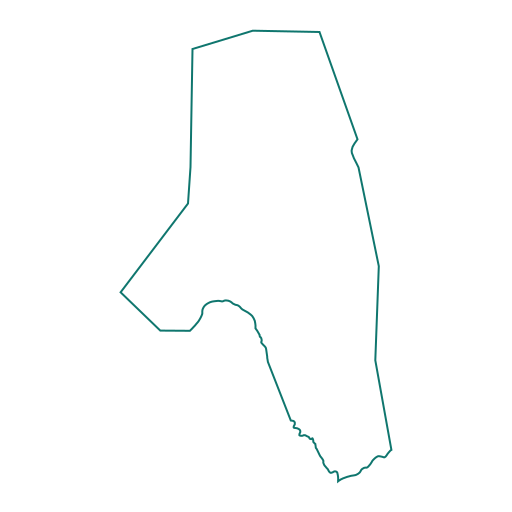 San Agustin, Copán, Honduras (Robinson projection)
{"feature_id": "27666195B62722570051096", "entity_name": "San Agustin", "entity_type": "district", "adm_level": 2, "iso_a3": "HND", "parent_name": "Honduras", "parent_adm1": "Copán", "projection": "robinson", "projection_center": [-88.925, 14.809], "detail": "fine", "context": "isolated", "style": "outline", "palette": "teal", "viewbox_px": 512, "rotation_deg": 0, "n_neighbors": 0, "source": "geoboundaries", "source_scale": "gbopen_adm2", "svg_char_len": 5871}
<svg xmlns="http://www.w3.org/2000/svg" viewBox="0 0 512 512"><path d="M252.8,30.7L192.5,49.0L190.5,167.1L188.0,203.5L120.6,292.3L160.3,330.6L189.9,330.8L191.1,329.6L192.3,328.4L193.1,327.5L195.0,325.5L196.3,323.9L197.7,322.3L198.4,321.4L199.0,320.5L199.4,319.8L199.7,319.3L200.0,318.8L200.6,317.7L201.2,316.5L201.8,315.1L201.9,314.8L202.1,314.4L202.2,313.8L202.3,313.5L202.3,313.0L202.3,312.4L202.3,311.4L202.3,311.1L202.4,310.6L202.4,310.3L202.5,309.8L202.6,309.4L202.8,309.0L202.9,308.6L203.1,308.3L203.3,307.8L203.5,307.5L203.7,307.1L203.9,306.8L204.2,306.4L204.4,306.1L204.8,305.7L205.0,305.4L205.4,305.1L206.0,304.6L206.6,304.1L207.1,303.8L207.6,303.5L208.3,303.1L209.1,302.7L209.6,302.4L210.8,302.0L211.4,301.8L212.1,301.6L212.7,301.5L213.3,301.4L214.7,301.2L215.7,301.1L217.5,300.9L218.3,300.9L219.1,300.9L219.7,301.0L220.3,301.1L221.0,301.2L221.4,301.3L221.9,301.4L222.3,301.4L222.7,301.3L223.0,301.2L223.4,301.1L223.8,300.9L224.1,300.7L224.6,300.6L224.8,300.5L225.2,300.5L225.8,300.4L226.7,300.5L227.4,300.6L228.3,300.7L228.7,300.9L229.1,301.0L229.5,301.2L230.0,301.4L230.5,301.6L230.8,301.9L231.5,302.3L232.1,302.9L232.7,303.4L233.3,303.8L234.0,304.1L234.6,304.4L235.2,304.7L235.9,304.9L236.7,305.0L237.3,305.2L237.6,305.3L238.1,305.5L238.7,305.9L239.1,306.2L239.6,306.6L240.0,307.0L240.7,307.8L241.1,308.3L241.5,308.7L241.9,309.0L242.2,309.3L243.0,309.8L243.6,310.1L244.6,310.7L245.2,311.0L247.9,312.5L250.7,314.6L252.2,316.0L253.1,317.4L253.7,318.4L254.1,319.3L254.5,320.2L254.8,320.9L254.9,321.3L254.9,321.6L255.2,323.0L255.4,324.6L255.5,325.3L255.5,326.0L255.5,327.1L255.5,328.4L257.1,330.6L258.1,332.3L259.3,334.4L259.5,334.7L259.6,334.9L259.6,335.2L259.6,335.7L259.7,336.0L259.8,336.3L259.9,336.6L260.0,336.8L260.3,337.1L260.5,337.2L260.7,337.3L260.8,337.5L261.0,337.8L261.2,338.1L261.3,338.5L261.5,339.1L261.6,339.8L261.7,340.3L261.6,340.6L261.6,340.8L261.6,341.1L261.5,341.4L261.3,341.8L261.3,342.0L261.3,342.4L261.3,342.6L261.7,343.1L262.0,343.5L262.3,343.8L263.0,344.6L264.2,345.8L264.6,346.2L265.1,346.8L265.5,347.3L265.7,347.6L265.8,347.9L265.9,348.2L266.0,348.6L266.1,349.1L266.2,349.6L267.2,356.6L267.2,357.3L267.3,358.4L267.4,358.9L267.5,359.4L267.9,361.9L290.8,420.5L292.7,420.8L293.1,420.9L293.4,421.0L293.6,421.1L293.9,421.3L294.2,421.5L294.3,421.6L294.4,421.8L294.5,422.0L294.7,422.3L294.8,422.6L294.8,422.8L294.8,423.1L294.8,423.6L294.8,424.1L294.7,424.5L294.5,424.8L294.3,425.3L294.0,425.8L293.9,426.0L293.8,426.3L293.7,426.6L293.7,427.0L293.7,427.4L293.7,427.5L293.9,427.7L294.0,427.8L294.4,427.9L295.3,428.0L296.1,428.1L296.5,428.2L296.9,428.2L297.4,428.4L298.1,428.7L298.7,429.0L298.9,429.1L299.1,429.3L299.4,429.5L299.7,429.8L299.8,430.0L300.0,430.2L300.1,430.4L300.2,430.7L300.2,430.9L300.3,431.2L300.3,431.6L300.2,432.0L300.2,432.4L300.0,432.7L299.8,433.2L299.6,433.5L299.5,433.9L299.4,434.4L299.4,434.7L299.4,434.9L299.4,435.1L299.5,435.2L299.5,435.3L300.0,435.6L300.3,435.7L300.5,435.7L301.0,435.8L301.6,435.8L302.1,435.8L302.5,435.7L302.9,435.6L303.4,435.3L303.7,435.2L304.0,435.2L304.3,435.2L304.7,435.2L305.0,435.2L305.2,435.3L305.4,435.4L305.7,435.5L306.3,435.8L306.7,436.1L307.2,436.3L308.1,436.7L308.5,436.9L308.6,437.0L308.9,437.2L309.1,437.4L309.3,437.8L309.5,438.2L309.5,438.4L309.6,438.5L309.8,438.6L310.1,438.9L310.5,439.0L311.1,439.1L311.3,439.1L311.6,439.0L311.8,438.9L311.9,438.7L312.0,438.5L312.1,438.4L312.3,438.3L312.5,438.4L312.6,438.5L312.9,439.2L313.1,439.8L313.2,440.3L313.3,440.9L313.3,441.2L313.3,441.8L313.4,442.0L313.5,442.2L313.7,442.4L314.1,442.8L314.6,443.4L314.9,443.6L315.2,443.8L315.3,443.9L315.3,444.0L315.6,445.9L315.8,447.7L315.9,447.9L316.0,448.1L316.1,448.3L316.5,448.7L316.7,449.0L316.9,449.4L318.7,453.1L319.5,454.8L320.0,455.7L320.3,456.3L321.3,457.5L321.9,458.3L322.4,459.0L322.6,459.3L323.0,460.0L323.2,460.4L323.3,460.8L323.4,461.0L323.4,461.3L323.3,461.7L323.3,462.0L323.3,462.3L323.3,462.6L323.5,463.3L323.8,464.0L324.2,464.9L324.3,465.1L324.5,465.4L324.8,465.8L325.6,466.7L326.4,467.7L327.5,468.9L327.8,469.2L328.0,469.5L328.4,470.4L328.7,470.9L328.9,471.3L329.3,471.8L329.5,472.0L329.8,472.3L330.2,472.6L330.4,472.7L330.6,472.8L330.8,472.8L331.0,472.8L331.6,472.7L332.1,472.5L332.7,472.3L333.2,472.0L333.7,471.7L334.1,471.5L334.3,471.4L334.7,471.4L335.0,471.4L335.5,471.4L335.9,471.5L336.1,471.6L336.4,471.7L336.7,472.0L336.9,472.2L337.1,472.3L337.2,472.5L337.4,473.1L337.5,473.6L337.6,474.1L337.8,474.9L338.1,477.1L338.1,477.9L338.2,478.8L338.1,480.3L338.1,481.3L338.6,480.9L339.6,480.2L340.5,479.7L341.0,479.3L342.0,478.9L342.7,478.5L344.6,477.8L346.5,477.1L347.4,476.8L349.3,476.3L350.3,476.0L351.1,475.8L351.8,475.7L353.8,475.4L354.3,475.3L355.4,475.1L356.0,474.9L356.4,474.7L357.0,474.4L357.5,474.1L358.1,473.8L358.7,473.3L359.5,472.7L359.8,472.3L360.0,472.1L360.2,471.8L360.4,471.5L360.6,471.1L361.0,470.4L361.1,470.1L361.4,469.8L361.6,469.5L361.8,469.3L362.1,469.1L362.4,468.8L362.8,468.6L363.3,468.3L364.0,467.9L364.5,467.8L364.9,467.7L365.3,467.6L365.5,467.6L366.0,467.7L366.3,467.7L366.6,467.6L366.8,467.6L367.1,467.4L367.4,467.3L367.7,467.1L368.1,466.7L368.5,466.3L369.2,465.5L369.6,465.0L370.1,464.5L370.5,463.9L370.9,463.3L371.3,462.7L371.8,461.9L372.1,461.3L372.5,460.7L373.0,460.1L373.7,459.4L374.5,458.6L375.3,457.9L376.1,457.3L376.4,457.1L376.9,456.8L377.3,456.6L377.7,456.4L377.9,456.3L378.2,456.2L378.5,456.2L378.8,456.2L379.2,456.2L379.7,456.3L380.4,456.4L381.8,456.7L382.3,456.8L382.6,456.9L383.5,457.2L383.8,457.3L384.1,457.3L384.3,457.3L384.5,457.3L384.7,457.2L385.0,457.0L385.3,456.8L385.7,456.5L386.0,456.1L386.4,455.6L386.7,455.2L387.6,453.8L388.1,453.2L389.0,452.1L390.0,451.0L390.2,450.7L390.6,450.4L390.9,450.2L391.4,449.9L375.3,360.3L378.8,266.2L358.5,167.4L356.3,162.9L353.9,158.2L352.8,155.3L351.9,153.1L351.6,150.8L351.9,149.3L352.6,146.8L353.4,145.4L354.5,143.5L357.5,139.3L319.5,32.0L252.8,30.7Z" fill="none" stroke="#0f766e" stroke-width="2"/></svg>